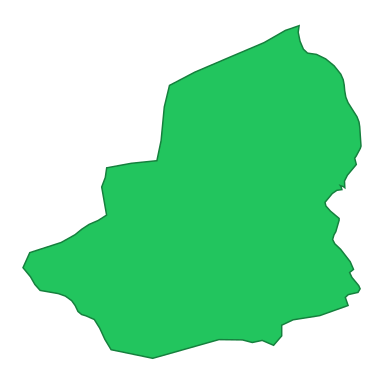 map outline of Kars (orthographic projection)
{"feature_id": "TUR-3040", "entity_name": "Kars", "entity_type": "Province", "adm_level": 1, "iso_a3": "TUR", "parent_name": "Turkey", "parent_adm1": "", "projection": "orthographic", "projection_center": [43.226, 40.514], "detail": "fine", "context": "isolated", "style": "filled", "palette": "green", "viewbox_px": 384, "rotation_deg": 0, "n_neighbors": 0, "source": "natural_earth", "source_scale": "10m", "svg_char_len": 1306}
<svg xmlns="http://www.w3.org/2000/svg" viewBox="0 0 384 384"><path d="M299.1,25.7L298.2,32.3L300.0,41.2L303.4,49.2L307.5,53.1L316.5,54.4L325.7,58.9L334.1,65.8L340.8,74.2L343.2,79.7L344.2,85.1L344.7,90.7L345.8,97.1L348.0,102.6L357.0,116.8L359.0,122.0L359.7,126.7L361.0,146.1L360.3,148.4L356.0,156.4L354.7,158.1L356.3,164.5L347.4,175.2L344.5,181.0L344.8,187.7L343.5,186.7L342.5,186.3L341.6,186.1L340.3,185.6L341.0,186.8L341.3,187.6L341.9,189.6L336.9,190.3L332.3,193.5L325.0,202.3L325.9,206.0L330.4,211.1L339.1,218.4L339.1,220.4L338.9,221.0L335.8,231.7L334.0,234.8L332.6,239.5L334.8,243.8L340.6,249.3L350.2,261.7L353.3,268.9L353.5,269.4L349.6,272.5L351.9,277.4L358.7,285.6L360.1,288.8L358.0,292.4L348.3,294.6L345.3,297.4L348.1,305.5L319.8,315.6L293.1,319.8L281.7,325.2L281.7,335.9L273.6,345.3L262.2,340.4L252.3,342.5L242.4,339.9L218.9,339.6L152.7,358.3L111.1,349.7L104.9,339.4L99.7,328.1L94.3,319.5L85.9,315.8L81.6,314.5L78.0,311.5L75.2,305.6L71.7,300.7L65.4,296.1L58.4,293.6L40.1,290.4L34.9,284.5L30.5,276.8L23.0,267.7L29.8,252.6L61.1,242.5L74.9,234.8L81.8,229.2L89.1,224.4L98.1,220.5L106.6,215.1L101.7,187.0L105.3,177.5L106.7,167.8L131.3,163.3L156.9,160.7L161.1,140.6L164.3,106.9L169.5,85.4L194.9,72.1L229.5,57.3L264.1,42.6L285.4,30.4L299.1,25.7Z" fill="#22c55e" stroke="#15803d" stroke-width="1.5"/></svg>